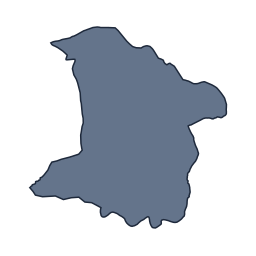 Toomlarn, Saravan, Laos, rotated 192°
{"feature_id": "54806243B58304199894051", "entity_name": "Toomlarn", "entity_type": "district", "adm_level": 2, "iso_a3": "LAO", "parent_name": "Laos", "parent_adm1": "Saravan", "projection": "mercator", "projection_center": [106.21, 16.024], "detail": "fine", "context": "isolated", "style": "filled", "palette": "slate", "viewbox_px": 256, "rotation_deg": 192, "n_neighbors": 0, "source": "geoboundaries", "source_scale": "gbopen_adm2", "svg_char_len": 4656}
<svg xmlns="http://www.w3.org/2000/svg" viewBox="0 0 256 256"><g transform="rotate(192 128 128)"><path d="M54.2,113.2L54.2,114.1L53.7,116.4L53.8,117.9L54.8,119.6L56.0,121.8L57.6,123.9L58.6,125.3L59.5,126.9L60.5,128.6L61.4,130.5L61.6,131.9L62.7,133.6L64.4,135.3L66.1,137.3L68.3,140.3L69.6,142.5L68.2,143.7L67.1,144.0L65.0,145.8L62.0,148.2L59.0,150.6L56.3,152.9L54.5,153.8L53.1,154.2L52.6,154.2L52.3,154.3L51.9,154.4L51.6,154.5L51.2,154.6L50.9,154.7L50.4,154.7L49.8,154.7L49.5,154.7L48.9,154.7L48.4,154.5L48.0,154.5L47.5,154.5L47.2,154.5L46.8,154.7L46.5,154.7L46.2,154.9L46.0,155.1L45.7,155.5L45.3,155.7L45.1,155.9L44.8,155.9L44.5,156.1L44.2,156.2L43.9,156.4L43.6,156.8L43.1,157.2L42.9,157.5L42.4,157.5L41.6,157.5L41.2,157.5L40.4,157.5L39.9,157.4L39.4,157.4L39.1,157.5L38.8,157.6L38.4,157.8L38.1,158.1L37.8,158.4L37.4,158.8L37.3,159.1L37.0,159.4L35.7,160.4L35.0,161.5L34.8,162.5L35.2,164.6L35.7,166.1L36.1,168.8L36.6,171.5L39.7,177.2L40.8,178.4L43.9,181.3L48.0,184.6L49.7,185.8L52.0,186.7L54.8,187.6L62.4,189.1L63.1,189.1L64.1,188.7L65.7,188.0L66.8,187.3L68.4,186.3L69.7,185.7L72.2,185.1L73.2,185.0L74.2,185.2L75.8,185.7L78.0,186.3L79.1,186.5L80.0,186.5L81.8,186.7L84.3,186.7L87.6,190.0L95.5,198.0L98.1,199.0L99.2,199.4L100.2,200.0L101.0,199.8L101.9,199.2L102.9,198.1L103.5,198.0L104.3,198.4L105.2,198.7L106.1,199.5L106.8,200.3L107.5,201.6L108.4,201.9L109.9,202.3L112.8,202.6L118.4,208.5L119.6,209.7L120.8,210.7L122.1,211.5L123.5,212.3L124.8,212.4L126.4,212.4L127.4,212.1L128.4,211.6L129.9,210.8L131.8,209.0L136.7,208.2L140.4,208.6L143.9,210.5L147.2,212.6L155.3,219.1L157.9,221.2L161.4,223.3L168.5,222.1L175.5,220.6L177.2,220.6L179.1,220.4L180.8,219.8L183.2,219.0L191.6,213.8L197.5,208.6L199.9,206.7L201.4,206.0L202.3,205.2L203.4,204.1L205.5,203.1L210.1,201.2L211.4,200.5L212.7,199.5L214.3,198.7L215.4,198.3L216.9,197.8L218.5,197.1L219.7,196.4L221.2,195.2L219.8,193.8L218.3,193.2L216.5,192.9L213.3,192.0L207.7,189.7L203.3,187.1L202.6,186.6L202.7,185.5L203.0,182.6L202.8,182.0L202.1,181.9L195.7,183.9L194.3,184.1L193.9,183.4L193.7,182.2L194.6,177.5L194.7,174.4L192.0,168.7L188.7,165.0L186.7,161.8L182.1,152.5L180.4,146.4L180.0,144.9L178.8,142.3L175.6,132.1L173.9,128.2L173.2,125.2L172.8,123.5L173.2,119.8L172.9,114.6L172.8,111.2L171.5,105.9L170.8,103.1L169.0,98.5L168.2,96.8L170.8,92.1L179.0,87.4L186.8,83.5L190.7,81.0L195.4,78.8L196.7,75.0L197.6,70.2L200.2,64.9L200.4,64.6L200.7,63.9L201.0,63.4L201.5,63.0L202.0,62.0L202.3,61.7L202.7,61.5L203.3,61.2L203.5,60.9L203.5,60.6L203.4,60.4L203.3,60.1L203.3,59.5L203.4,59.0L203.6,58.7L203.9,58.5L204.4,58.4L204.7,57.8L205.0,57.4L205.3,57.1L206.1,57.0L206.7,56.7L207.1,56.4L207.2,56.0L207.1,55.6L207.0,55.0L207.1,54.4L207.5,53.9L208.0,53.6L208.6,53.3L209.1,53.0L209.6,52.7L209.9,52.3L209.9,52.0L209.9,51.5L210.1,51.3L210.5,51.0L210.7,50.7L211.0,50.3L211.2,49.8L211.4,49.6L211.5,49.3L211.6,49.2L207.6,46.1L204.6,43.1L197.3,43.0L184.9,46.4L176.3,44.6L169.0,48.0L161.7,50.1L154.8,46.6L148.0,47.4L137.9,44.5L137.9,42.2L137.5,39.9L136.0,36.7L134.7,35.8L133.5,35.8L132.2,36.2L130.8,37.4L129.3,39.0L128.3,40.5L127.0,41.9L125.3,42.6L123.6,42.5L120.6,42.0L118.0,40.8L115.8,40.2L113.7,39.3L112.4,38.5L111.2,36.6L109.6,34.9L107.4,33.5L105.2,32.7L103.6,32.7L101.3,33.8L99.0,35.7L97.7,37.7L96.2,39.7L93.5,41.9L92.5,43.2L90.9,44.8L90.1,45.4L89.2,45.2L88.7,44.7L87.9,42.8L87.4,41.3L86.4,39.2L85.3,37.6L84.4,36.6L83.5,35.8L82.5,35.7L80.5,35.9L79.3,36.8L77.3,38.9L75.7,40.7L75.6,41.8L76.2,43.5L75.9,44.8L74.5,45.7L72.6,45.9L69.3,45.8L66.8,45.4L64.0,45.2L62.3,45.4L60.5,46.1L58.5,48.0L56.8,50.1L55.5,52.5L54.7,53.6L54.7,55.5L55.3,57.9L55.0,60.4L54.4,63.4L54.5,66.0L55.0,69.0L55.1,71.1L55.1,71.4L55.0,71.7L55.0,71.9L54.8,72.1L54.7,72.3L54.6,72.5L54.4,72.7L54.2,72.9L54.0,73.2L53.9,73.4L53.9,73.6L53.9,73.8L54.0,74.0L54.2,74.4L54.2,74.6L54.2,74.9L54.1,75.1L54.0,75.3L54.0,75.5L54.0,75.8L54.1,76.1L54.1,76.3L54.1,76.6L54.0,76.9L53.9,77.2L53.9,77.4L53.9,77.7L53.9,78.0L54.0,78.5L54.2,79.2L54.3,79.5L54.5,80.1L54.7,80.7L54.8,81.1L55.0,81.5L55.1,82.1L55.2,82.5L55.4,82.9L55.5,83.2L55.7,83.6L56.0,84.3L56.2,84.7L56.4,85.1L56.6,85.4L56.7,85.7L56.9,85.9L57.1,86.1L57.4,86.2L57.6,86.2L57.8,86.3L57.9,86.5L58.0,86.7L58.1,87.0L58.2,87.3L58.2,87.5L58.3,87.8L58.2,88.1L58.2,88.4L58.2,88.6L58.3,88.8L58.6,89.0L58.9,89.2L59.1,89.3L59.3,89.6L59.5,89.9L59.5,90.2L59.6,90.5L59.7,90.8L59.7,91.4L59.7,91.7L59.7,92.0L59.8,92.1L59.9,92.3L59.9,92.5L59.9,93.2L59.9,93.5L59.8,93.8L59.9,94.1L59.9,94.4L60.0,94.7L60.1,95.0L60.2,95.4L60.2,95.6L60.2,95.8L60.0,96.3L59.9,96.6L59.8,96.9L59.6,97.2L59.5,97.5L59.3,97.7L59.1,97.9L59.0,98.0L58.7,100.7L57.7,104.3L56.2,107.5L55.1,109.5L54.4,112.0L54.2,113.2Z" fill="#64748b" stroke="#1e293b" stroke-width="1.5"/></g></svg>